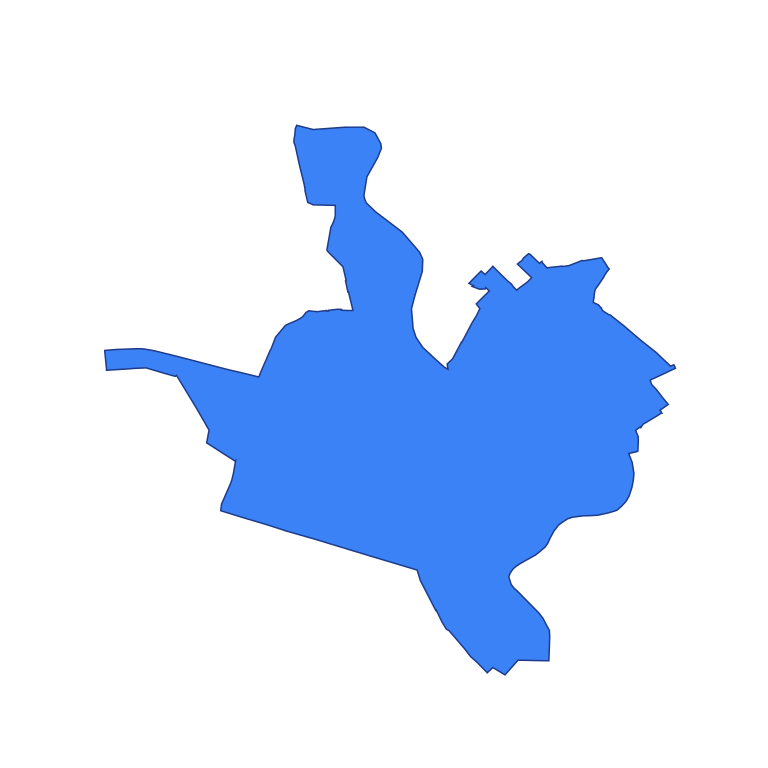 outline of Lubāna, Lubanas, Latvia, rotated 111°
{"feature_id": "27541924B15535016955578", "entity_name": "Lubāna", "entity_type": "district", "adm_level": 2, "iso_a3": "LVA", "parent_name": "Latvia", "parent_adm1": "Lubanas", "projection": "albers", "projection_center": [26.715, 56.896], "detail": "fine", "context": "isolated", "style": "filled", "palette": "blue", "viewbox_px": 768, "rotation_deg": 111, "n_neighbors": 0, "source": "geoboundaries", "source_scale": "gbopen_adm2", "svg_char_len": 4779}
<svg xmlns="http://www.w3.org/2000/svg" viewBox="0 0 768 768"><g transform="rotate(111 384 384)"><path d="M173.8,558.2L177.5,558.3L182.7,556.7L188.6,555.5L190.8,554.6L193.6,552.1L209.8,541.5L220.1,534.3L226.2,530.1L231.0,527.2L231.6,527.2L241.6,520.4L241.9,520.0L242.0,514.9L242.2,514.5L234.7,493.5L244.1,489.9L246.4,489.5L249.7,489.3L255.1,489.5L256.2,489.8L258.6,489.4L277.6,485.7L278.9,485.4L279.6,485.1L280.0,484.6L281.2,482.4L288.8,465.3L289.6,464.1L301.1,456.3L301.5,456.9L311.2,450.6L310.9,450.0L314.1,447.9L323.6,441.3L326.5,439.4L327.9,442.8L330.4,450.2L329.6,450.5L330.8,454.0L335.0,462.1L335.7,461.8L336.6,463.4L335.9,463.8L338.6,469.0L340.3,471.9L341.5,476.2L342.6,480.5L345.2,482.5L346.9,483.0L348.7,483.5L349.9,484.0L351.0,484.4L351.8,485.0L352.6,485.6L353.6,486.4L354.6,487.2L356.9,489.3L363.0,495.6L364.6,497.0L370.9,499.2L379.2,502.0L385.2,502.0L391.4,502.0L393.7,502.4L400.9,502.6L409.1,503.0L418.1,503.4L420.4,503.3L422.3,503.4L422.6,505.9L425.0,524.4L426.4,534.2L432.5,588.3L435.2,609.7L435.8,613.2L437.3,620.5L438.0,623.0L438.4,624.0L439.0,625.7L440.0,628.2L447.6,646.1L452.7,656.7L453.2,656.6L470.1,648.1L470.6,648.0L462.8,630.9L458.4,621.5L454.2,611.9L452.8,593.4L451.9,584.0L451.6,581.5L450.3,580.8L468.7,557.0L474.4,549.7L485.9,535.5L486.2,535.3L489.7,530.8L502.5,528.5L509.3,495.7L508.5,495.1L521.8,492.5L528.1,491.7L531.7,491.6L549.5,492.4L554.1,492.7L560.8,491.0L559.2,466.7L557.6,446.2L557.0,437.5L557.0,436.8L556.3,423.9L556.4,423.7L554.1,397.9L553.7,394.0L553.7,393.4L549.3,332.2L545.8,286.4L554.5,279.6L576.8,254.6L576.3,254.3L585.7,244.2L590.7,237.7L590.8,235.2L595.5,226.4L600.3,217.7L601.3,215.8L602.2,214.0L605.3,209.1L607.6,205.2L610.1,198.3L616.2,184.9L616.6,184.1L609.7,180.8L609.8,180.2L612.2,166.8L593.8,159.9L586.1,138.5L583.3,130.9L561.1,138.5L554.9,141.2L551.0,145.7L545.8,151.6L542.3,157.3L529.4,185.6L527.9,189.7L525.6,193.4L522.3,196.0L519.8,198.2L516.7,198.5L513.9,198.1L510.3,197.2L507.0,195.4L502.9,192.5L498.6,189.0L494.3,185.4L489.4,181.3L484.0,178.1L478.7,175.3L474.6,174.1L467.5,173.6L460.8,172.7L453.3,170.6L448.8,167.7L444.2,164.4L441.1,160.7L438.7,156.4L435.6,150.6L433.3,145.0L429.9,137.4L424.1,128.6L420.0,123.2L418.1,121.1L412.9,118.4L406.9,116.0L400.6,115.0L391.6,115.5L384.8,116.7L378.1,118.5L368.4,124.1L361.2,130.6L359.3,127.8L357.4,124.9L355.8,122.9L346.8,125.9L344.6,126.8L342.3,127.6L337.1,132.5L334.6,130.9L332.1,129.3L332.3,128.9L332.6,128.6L328.8,127.8L317.1,118.6L314.5,116.6L312.1,114.9L311.8,114.5L311.6,114.1L311.1,114.8L310.5,115.5L310.1,116.2L309.7,116.9L309.3,116.7L302.0,111.9L301.2,111.3L297.5,117.9L291.3,128.2L290.0,130.9L288.7,133.7L288.5,134.0L288.3,134.2L287.3,135.0L286.3,135.8L285.6,136.4L285.0,136.9L284.7,136.7L284.4,136.4L280.2,132.3L276.0,128.2L274.4,126.7L272.8,125.1L272.6,124.9L272.4,124.7L270.2,122.7L268.0,120.6L266.8,119.4L265.6,118.2L265.2,117.8L264.8,117.5L263.5,118.9L262.1,120.3L264.7,122.8L262.1,129.0L257.0,141.3L251.3,159.5L248.0,168.9L243.6,181.2L243.2,182.5L241.7,187.3L241.6,187.5L240.7,190.6L239.0,196.1L238.5,197.0L238.5,197.7L238.7,198.9L237.9,203.1L237.2,206.0L236.3,207.3L235.5,207.9L235.2,208.1L234.2,210.5L233.8,211.1L233.4,211.8L233.2,212.8L233.0,215.9L232.9,217.8L232.3,218.0L229.1,218.8L228.8,218.7L228.1,218.8L226.3,219.5L222.2,220.4L220.7,220.6L219.3,220.5L218.3,220.3L216.4,219.7L212.7,218.8L209.6,218.1L207.0,217.5L205.5,217.2L203.5,217.0L202.1,216.7L199.5,216.1L197.5,215.5L196.8,215.2L195.9,215.0L195.2,216.4L194.3,217.6L193.6,218.6L192.8,219.5L191.9,220.8L191.0,222.0L189.6,224.0L188.1,226.0L189.5,228.5L191.0,230.9L192.1,232.8L193.2,234.6L195.2,238.0L197.2,241.4L197.9,243.7L200.4,246.3L204.4,250.7L207.2,253.8L210.1,259.0L210.1,259.7L210.2,260.3L211.4,262.4L215.7,270.9L216.8,272.8L217.2,273.5L215.0,277.7L213.8,279.9L212.9,280.5L214.4,281.4L215.7,282.1L210.5,294.3L210.6,295.8L215.0,298.2L216.4,298.9L219.6,299.6L221.1,300.7L222.6,301.5L224.2,302.4L231.8,284.3L234.3,285.3L236.9,286.4L246.8,292.7L247.4,293.0L249.0,293.8L248.4,294.7L246.6,298.7L245.0,300.8L244.2,303.4L243.3,306.0L241.2,310.8L240.2,313.2L239.2,315.5L237.2,320.0L235.1,324.5L236.4,325.0L244.1,328.3L245.1,328.7L245.6,328.9L245.3,329.5L244.2,332.6L243.7,333.8L244.1,334.0L255.4,339.0L259.6,340.8L260.2,335.7L261.3,336.7L261.3,328.9L259.0,323.6L257.5,323.6L259.5,319.0L260.1,319.3L265.7,321.9L276.2,326.6L278.1,323.4L279.2,321.5L282.0,321.8L286.5,322.1L295.3,323.7L317.2,326.3L317.1,326.7L336.0,329.0L342.7,332.2L347.3,329.6L346.7,333.7L341.9,346.2L335.9,361.0L329.0,370.8L321.8,376.7L303.9,385.3L290.6,386.8L265.1,388.6L253.7,392.5L248.0,398.3L235.6,421.5L226.3,453.5L221.3,465.3L218.7,467.9L215.3,470.3L196.7,474.2L174.8,471.0L164.8,470.9L160.9,473.0L152.8,482.4L152.4,485.9L151.4,494.7L158.4,512.8L171.8,541.3L173.8,558.2Z" fill="#3b82f6" stroke="#1e3a8a" stroke-width="1.5"/></g></svg>